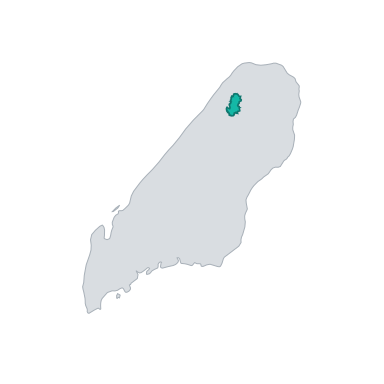 location of Iakora, Ihorombe, Madagascar, rotated 202°
{"feature_id": "10022922B30377745880071", "entity_name": "Iakora", "entity_type": "district", "adm_level": 2, "iso_a3": "MDG", "parent_name": "Madagascar", "parent_adm1": "Ihorombe", "projection": "orthographic", "projection_center": [46.657, -23.157], "detail": "fine", "context": "in_parent", "style": "filled", "palette": "teal", "viewbox_px": 384, "rotation_deg": 202, "n_neighbors": 0, "source": "geoboundaries", "source_scale": "gbopen_adm2", "svg_char_len": 7337}
<svg xmlns="http://www.w3.org/2000/svg" viewBox="0 0 384 384"><g transform="rotate(202 192 192)"><path d="M249.3,48.8L250.3,51.2L251.4,53.4L255.0,58.9L256.6,61.0L257.9,63.2L258.5,67.6L260.7,74.5L262.8,84.8L263.3,95.4L263.9,100.3L265.5,104.9L268.2,109.7L269.0,115.0L267.2,120.4L264.7,125.5L264.0,126.4L262.8,127.7L262.3,127.6L260.4,126.3L258.8,124.0L256.9,118.9L256.2,116.3L255.3,115.9L252.9,116.0L251.2,117.6L250.9,118.6L251.2,121.5L251.8,124.1L252.1,126.7L252.1,130.1L252.7,131.1L253.6,131.9L254.6,134.1L254.7,139.3L254.0,141.9L252.3,144.1L252.4,145.3L253.0,146.6L252.4,147.4L250.2,148.3L249.2,149.1L248.0,151.4L246.0,156.0L245.7,158.4L246.8,165.6L246.4,170.8L243.8,180.6L242.3,185.2L240.2,190.7L237.1,198.1L233.9,207.2L231.2,216.7L229.3,222.4L227.1,228.0L224.0,237.9L221.5,248.0L217.7,259.1L212.5,271.5L212.0,273.1L210.9,279.4L209.7,284.9L208.3,290.4L205.5,299.4L205.1,302.2L204.5,304.8L201.8,310.4L200.6,312.5L199.8,314.8L199.3,317.6L198.5,320.3L196.5,325.3L193.6,329.7L191.6,331.2L187.4,333.5L185.2,334.0L180.4,334.0L175.7,335.3L170.9,337.8L166.3,340.7L164.5,342.1L162.5,342.9L156.4,343.1L154.5,342.5L148.3,337.9L145.9,337.1L141.4,336.6L140.0,336.2L138.8,335.6L136.9,333.2L133.2,331.1L132.3,330.5L131.8,329.1L131.4,327.5L130.4,325.8L129.6,322.6L128.4,320.3L124.9,316.3L124.5,315.0L124.2,310.7L124.2,307.7L123.8,302.4L124.1,299.9L125.3,297.6L124.7,295.1L123.4,292.6L122.9,289.9L121.9,287.5L118.2,283.2L117.4,281.1L116.7,278.9L115.2,272.0L115.0,269.6L115.1,264.4L115.5,261.8L116.4,259.9L116.5,258.6L117.1,257.4L117.9,256.4L118.5,255.3L119.7,248.7L121.4,247.2L123.9,246.3L125.9,244.6L127.0,242.3L128.1,237.5L131.2,232.7L132.3,230.2L134.8,226.4L137.0,221.1L137.7,218.6L138.2,216.1L138.7,210.5L139.1,207.7L139.0,204.9L137.6,202.1L134.4,197.1L134.3,196.1L134.5,192.3L134.2,189.5L133.0,186.8L131.4,184.3L129.9,179.4L129.1,171.5L129.2,168.6L128.7,166.0L127.6,163.6L128.3,159.3L137.6,143.7L137.9,141.9L137.5,137.2L137.7,134.5L138.0,133.5L138.7,132.9L140.3,132.5L148.1,131.8L149.0,131.3L151.0,130.0L153.6,127.4L154.8,126.7L155.9,126.9L156.5,128.0L157.4,128.6L160.5,127.4L161.7,127.4L163.0,127.6L163.5,126.5L163.9,125.1L164.3,124.1L165.1,123.5L169.2,123.2L171.7,122.8L175.1,121.8L175.8,122.0L178.5,125.5L179.3,125.8L180.3,126.0L181.2,125.3L179.0,123.5L178.7,122.4L178.8,121.2L180.0,118.7L181.9,116.8L186.3,113.8L190.8,110.4L192.1,110.2L193.2,110.7L194.1,114.7L193.9,115.4L194.7,115.5L195.5,115.0L196.3,113.4L196.3,112.0L195.7,110.8L195.4,109.7L195.4,108.7L197.7,106.3L199.5,104.0L200.3,101.4L201.0,100.1L202.9,98.7L203.5,98.9L203.9,100.1L204.2,101.3L203.7,102.5L203.0,103.7L202.7,105.2L203.8,105.6L204.8,105.2L206.3,102.3L208.0,99.6L209.0,98.2L210.3,97.3L212.4,97.5L214.4,98.1L211.1,95.2L210.3,91.3L214.3,84.6L214.3,83.2L214.9,82.8L215.2,82.3L213.1,80.0L212.7,78.8L213.0,77.1L214.0,75.6L214.9,74.6L216.2,74.2L217.2,74.8L219.4,76.7L220.9,77.0L222.7,75.2L224.2,73.0L226.4,71.4L229.0,70.5L232.8,67.1L235.4,59.7L235.6,57.6L235.1,55.0L234.2,52.5L232.8,49.4L233.2,48.7L235.3,49.2L236.0,48.7L238.3,46.0L242.1,40.9L243.3,40.9L244.4,41.9L244.8,43.3L245.5,44.4L248.0,46.9L249.3,48.8ZM222.9,69.1L222.9,69.9L220.0,69.5L219.6,66.7L221.0,66.7L221.3,65.5L222.1,65.4L223.1,67.9L222.9,69.1ZM256.6,148.7L254.1,152.7L254.8,149.3L257.7,144.4L258.5,144.0L256.6,148.7Z" fill="#d9dde1" stroke="#a8b0b8" stroke-width="1"/><path d="M178.5,284.9L178.1,285.0L178.1,285.3L178.3,285.4L178.3,285.5L178.6,285.8L178.6,286.0L178.8,286.3L178.9,286.5L179.0,286.6L179.2,286.9L179.4,287.0L179.3,287.3L179.2,287.3L179.4,287.4L179.6,287.3L179.4,287.5L179.5,287.8L179.5,288.0L179.4,288.1L179.6,288.1L179.8,288.1L179.9,288.3L180.0,288.5L180.1,288.4L180.2,288.5L180.4,288.7L180.5,288.9L180.9,288.7L181.0,288.8L181.3,288.7L181.4,289.0L181.5,289.0L181.8,289.2L181.9,289.5L182.1,289.6L181.9,290.0L182.0,290.2L182.1,290.3L182.0,290.6L181.9,290.8L182.0,291.1L181.9,291.3L182.0,291.4L181.9,291.5L181.6,291.5L181.5,291.9L181.7,292.0L181.7,292.3L181.8,292.5L181.8,292.8L181.9,293.0L182.1,293.1L182.1,293.3L181.9,293.4L181.7,293.4L181.6,293.6L181.6,293.9L181.5,294.0L181.4,294.2L181.4,294.3L181.1,294.4L181.0,294.5L180.7,294.7L180.6,294.9L180.6,295.0L180.7,295.4L180.8,295.4L180.8,295.5L181.0,295.8L180.9,296.0L181.0,296.1L181.3,296.3L181.5,296.2L182.5,296.4L182.5,296.5L182.5,297.0L182.5,297.5L182.6,298.4L182.6,298.6L182.7,298.9L182.8,298.8L183.0,298.7L183.4,298.4L183.6,298.4L183.9,298.4L184.1,298.5L184.3,298.5L184.6,298.5L184.8,299.0L185.2,299.2L185.4,299.1L185.5,299.3L185.7,299.5L185.9,299.6L186.0,299.7L186.4,299.7L186.5,299.7L186.7,299.8L186.8,299.7L186.9,299.8L187.0,299.9L187.1,300.0L187.2,299.9L187.5,299.6L188.0,299.5L188.1,299.4L188.4,299.4L188.6,299.4L188.6,299.2L188.8,299.0L189.0,299.1L189.4,298.9L189.5,298.9L189.6,298.7L189.8,298.7L190.0,298.4L189.9,298.3L189.8,298.2L189.7,298.1L189.8,297.8L189.9,297.7L189.9,297.4L189.7,297.3L189.6,297.2L189.7,296.9L189.9,296.8L189.9,296.7L190.0,296.6L190.1,296.4L189.9,296.2L190.0,296.2L190.3,296.0L190.4,295.9L190.5,296.0L190.9,296.0L191.0,296.0L191.1,295.9L191.0,295.7L190.8,295.6L190.8,295.4L191.0,295.3L190.9,295.1L191.0,294.9L190.9,294.8L190.8,294.7L190.7,294.7L190.9,294.4L190.9,294.2L191.0,294.2L191.1,293.9L190.9,293.8L190.7,293.8L190.7,293.7L190.7,293.4L190.6,293.2L190.5,293.3L190.4,293.0L190.4,292.8L190.5,292.7L190.4,292.6L190.4,292.4L190.4,292.2L190.3,291.9L190.4,291.7L190.6,291.6L190.5,291.4L190.4,291.5L190.3,291.4L190.3,291.1L190.2,291.0L190.3,290.8L190.2,290.7L190.3,290.6L190.2,290.6L190.3,290.5L190.2,290.5L190.1,290.4L189.9,290.5L189.8,290.3L189.8,290.0L189.7,289.9L189.6,289.7L189.4,289.6L189.3,289.2L189.5,288.6L189.6,288.8L189.8,288.8L189.8,288.6L189.9,288.3L189.9,288.1L190.1,287.9L190.1,287.7L190.2,287.8L190.3,287.7L190.3,287.3L190.1,286.9L189.9,286.8L190.0,286.6L189.8,286.5L189.8,286.4L189.5,286.1L189.4,285.9L189.2,285.8L189.2,285.7L188.8,285.3L188.8,285.0L188.7,284.9L188.5,284.7L188.4,284.6L188.5,284.4L188.5,284.2L188.3,284.1L188.2,283.8L188.2,283.3L188.5,283.2L188.8,283.3L189.4,283.3L189.6,283.3L189.8,283.3L190.1,283.4L190.5,283.4L191.1,283.7L191.2,283.4L191.3,283.4L191.2,283.1L191.4,283.0L191.4,282.6L191.4,282.4L191.2,282.1L191.2,281.8L191.2,281.7L190.9,281.4L190.7,281.3L190.3,281.1L190.2,281.1L190.1,280.9L190.3,280.7L190.4,280.4L190.1,280.1L189.9,279.9L189.6,279.8L189.4,279.9L189.4,279.7L189.7,279.6L189.3,279.7L189.1,279.7L188.9,279.5L189.0,279.4L188.9,279.3L188.8,279.1L188.5,279.4L188.4,279.7L188.2,279.6L187.8,279.3L187.7,279.3L187.5,279.2L187.4,279.2L187.2,279.1L186.9,278.9L186.7,278.5L186.6,278.4L186.6,278.2L186.8,278.1L186.6,277.9L186.4,277.6L186.4,277.3L186.3,277.2L186.1,277.3L185.8,277.3L185.6,277.2L185.5,277.3L185.3,277.4L185.1,277.6L185.0,277.4L184.9,277.3L184.7,277.5L184.3,277.6L184.2,277.6L184.0,277.4L183.9,277.4L183.6,277.4L183.3,277.6L183.1,277.8L182.6,278.0L182.4,278.2L182.2,278.3L182.2,278.5L182.3,278.6L182.4,279.2L182.4,279.3L182.2,279.4L182.0,279.1L181.9,279.1L181.7,279.4L181.7,279.5L181.9,279.6L182.1,279.9L182.3,280.5L182.4,280.9L182.0,281.0L181.9,281.1L182.0,281.3L181.8,281.4L181.8,281.6L181.7,281.7L181.4,281.7L181.4,282.0L181.3,282.3L181.2,282.4L181.1,282.5L180.9,282.6L180.7,282.6L180.3,282.4L180.1,282.1L180.1,281.8L179.9,281.9L179.7,281.8L179.3,282.0L179.1,282.0L179.3,282.3L179.4,282.5L179.6,282.7L179.6,282.9L179.6,283.2L179.8,283.6L179.8,284.0L179.3,284.2L178.9,284.4L178.6,284.7L178.5,284.9Z" fill="#14b8a6" stroke="#0f766e" stroke-width="1.5"/></g></svg>